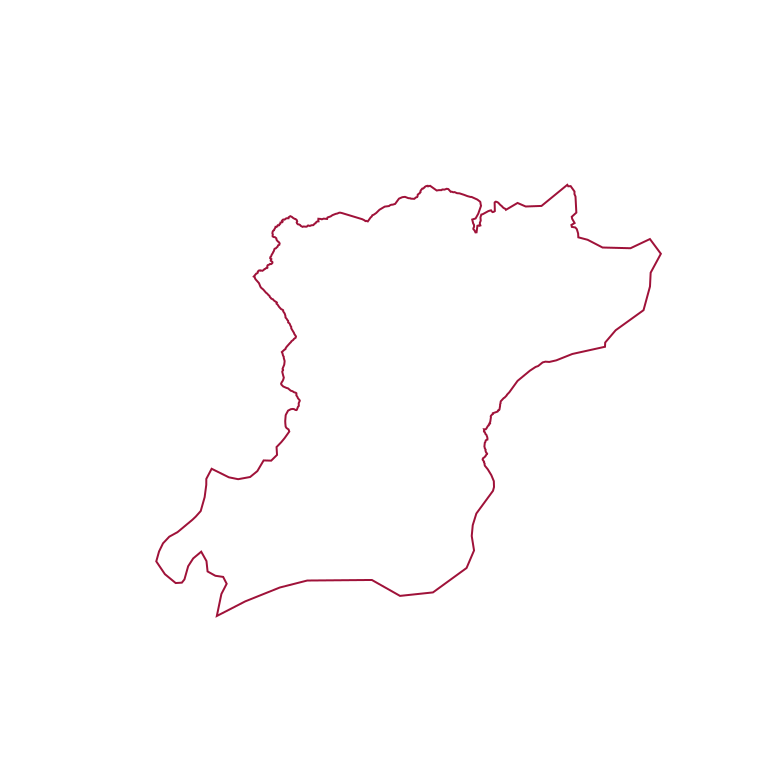 outline of Krachi Nchumuru, Volta, Ghana, rotated 314°
{"feature_id": "2480657B73751367479109", "entity_name": "Krachi Nchumuru", "entity_type": "district", "adm_level": 2, "iso_a3": "GHA", "parent_name": "Ghana", "parent_adm1": "Volta", "projection": "natural_earth1", "projection_center": [-0.055, 8.189], "detail": "fine", "context": "isolated", "style": "outline", "palette": "rose", "viewbox_px": 768, "rotation_deg": 314, "n_neighbors": 0, "source": "geoboundaries", "source_scale": "gbopen_adm2", "svg_char_len": 6163}
<svg xmlns="http://www.w3.org/2000/svg" viewBox="0 0 768 768"><g transform="rotate(314 384 384)"><path d="M654.6,377.5L621.5,373.6L610.1,362.6L607.0,354.3L594.0,350.7L594.3,349.7L593.8,348.1L593.6,346.5L593.8,345.9L593.6,342.9L593.8,340.3L593.3,338.5L592.6,337.6L591.5,337.5L591.2,337.7L585.4,343.6L584.0,343.3L583.1,342.7L583.0,341.5L583.3,340.4L582.5,339.8L580.7,338.9L574.6,337.0L573.5,336.3L570.9,337.6L568.7,340.1L566.5,341.0L565.7,341.9L565.0,343.2L563.9,342.6L563.7,341.8L562.7,341.3L557.4,345.2L556.6,344.5L557.4,342.3L557.5,340.7L558.1,340.1L559.4,339.7L560.1,339.2L561.1,338.0L561.4,336.7L563.6,333.2L566.7,334.9L572.0,333.5L579.6,330.0L580.4,328.7L581.8,326.9L581.9,326.3L581.5,323.0L579.4,317.1L578.6,316.2L577.1,313.5L575.7,310.2L573.6,305.9L572.0,304.0L571.1,301.5L570.0,300.6L569.4,299.1L568.6,298.5L568.9,294.9L568.0,293.5L565.9,292.5L564.4,290.8L563.4,290.7L561.7,288.9L559.8,287.5L558.6,279.5L556.8,278.4L557.0,277.8L556.8,277.6L555.5,276.8L554.0,276.4L553.5,276.6L551.6,276.3L551.5,276.0L551.2,275.8L548.7,276.0L548.2,276.2L547.4,277.0L546.7,276.8L546.0,277.2L545.6,277.0L543.7,276.7L542.4,277.7L541.5,278.0L540.2,277.3L538.3,277.2L536.0,274.6L535.9,274.0L534.6,272.4L533.2,269.1L531.1,267.4L527.7,266.0L521.3,266.9L519.1,265.7L518.0,264.7L516.5,264.1L515.5,264.0L512.1,261.3L506.2,259.7L501.6,259.6L498.6,259.0L497.3,258.4L496.0,258.8L494.4,258.7L489.7,259.4L489.0,257.9L488.3,257.5L488.1,255.9L487.4,253.8L477.7,234.9L476.7,233.3L475.9,232.7L474.2,232.0L472.9,231.1L469.6,229.6L467.5,229.2L464.8,227.8L464.4,227.7L463.2,228.4L461.0,225.7L459.3,224.9L458.9,224.0L457.3,222.0L456.2,222.9L455.5,223.9L454.3,223.0L453.5,222.8L452.0,223.1L451.3,222.7L449.2,222.8L447.6,221.4L446.8,221.2L446.0,220.6L445.5,219.5L444.9,219.1L444.2,219.3L443.1,218.8L441.4,216.7L440.5,216.3L439.9,214.2L440.1,213.4L439.9,212.4L439.1,211.2L439.1,209.9L439.6,208.9L440.6,208.7L441.3,207.4L441.2,205.7L440.8,205.2L440.3,203.3L440.2,201.6L439.6,200.0L437.7,199.6L436.9,200.2L435.3,198.6L433.2,198.3L432.8,197.7L431.9,197.1L430.6,197.2L430.5,198.2L430.1,198.4L429.6,198.4L429.2,197.9L428.4,197.7L428.2,197.4L427.1,198.1L426.5,197.8L425.4,198.3L424.4,197.3L423.3,197.8L422.8,197.4L422.3,197.5L421.7,196.8L420.8,197.3L418.6,197.8L418.2,198.1L417.3,197.8L416.0,198.2L414.8,199.1L414.4,200.1L413.2,200.9L412.8,201.4L413.1,202.6L413.5,203.0L413.9,203.7L414.0,205.3L413.1,206.5L412.8,208.5L413.0,209.9L412.7,211.2L411.4,212.0L410.2,211.5L408.6,212.1L407.7,211.9L406.6,212.0L405.9,211.6L405.1,211.4L402.6,212.6L402.0,212.6L400.4,213.2L399.3,213.3L397.2,214.2L396.3,214.1L395.4,214.8L395.6,216.2L394.4,216.5L394.0,216.9L394.3,218.7L394.1,219.2L393.3,219.7L392.2,219.6L391.7,219.4L391.2,218.6L390.4,218.6L388.7,217.8L387.7,218.1L387.0,219.1L386.6,219.4L386.1,219.3L385.8,218.8L385.1,218.6L384.3,218.6L383.7,218.2L382.3,218.2L381.0,217.9L379.8,216.1L379.5,216.2L379.0,215.4L378.5,215.1L377.1,215.2L376.4,215.9L375.1,215.7L374.6,215.4L370.8,215.7L371.1,216.8L370.5,217.6L370.1,218.9L369.7,224.0L368.1,227.6L367.9,228.9L368.1,231.5L367.7,235.8L367.9,237.1L367.7,239.2L367.9,240.2L367.3,241.5L367.3,242.9L367.1,243.3L367.4,244.5L367.8,245.2L367.6,246.6L367.8,248.2L368.2,249.8L368.2,250.3L367.6,250.4L367.1,250.9L367.2,252.3L366.6,254.9L366.4,257.9L367.0,259.8L367.0,260.2L366.2,261.1L365.7,263.6L364.5,265.8L363.4,267.0L363.3,268.6L362.9,269.9L362.9,271.0L362.6,271.5L361.7,272.3L361.9,273.7L361.8,274.4L360.9,276.3L360.7,277.5L359.7,278.5L359.4,279.3L358.2,283.8L357.7,284.7L357.1,287.6L355.9,288.3L353.8,287.9L352.6,288.1L350.4,287.7L349.3,288.0L348.4,287.9L343.1,288.1L341.5,288.4L340.5,288.9L339.9,288.6L336.0,288.3L335.8,288.7L335.7,289.4L334.3,291.6L334.0,292.9L333.1,293.8L331.6,296.4L331.1,296.9L328.6,298.8L324.6,300.4L324.3,300.6L324.2,301.4L323.7,301.9L322.6,302.0L322.1,302.3L320.1,305.5L319.0,307.5L317.1,308.5L315.3,309.1L314.2,309.2L312.7,309.8L312.3,310.6L312.2,313.2L313.4,316.5L314.2,318.0L314.4,321.5L315.3,323.3L315.5,324.8L316.4,326.6L316.5,327.3L315.9,328.1L315.1,328.6L314.9,329.0L314.6,330.6L314.0,331.9L313.7,334.7L313.4,335.1L310.9,336.0L309.1,337.9L307.7,338.0L305.0,339.2L304.4,339.1L303.8,338.3L303.5,336.9L302.8,335.8L301.2,334.5L298.2,333.5L293.9,334.7L293.2,335.0L288.7,338.7L287.1,340.4L285.0,342.9L284.6,344.5L285.0,346.9L284.0,348.9L276.0,350.1L270.8,350.5L264.0,350.5L258.7,356.3L250.5,356.1L245.4,350.5L233.4,353.4L224.1,352.3L214.2,345.2L209.1,337.2L203.3,318.9L192.3,322.1L188.0,326.2L178.0,333.6L165.3,340.4L157.8,340.7L153.3,340.5L134.1,338.4L125.0,335.6L115.9,335.7L107.3,338.5L98.2,343.4L95.0,358.5L96.1,372.4L100.7,376.6L104.8,376.2L116.9,369.7L126.0,367.9L136.4,369.0L133.3,379.3L126.6,387.3L128.9,395.9L133.5,402.3L131.0,409.6L120.0,412.9L101.0,424.9L131.3,435.2L165.2,450.4L189.3,465.3L234.6,511.4L242.7,542.7L268.1,564.0L309.0,571.2L326.8,564.4L335.6,552.7L344.1,545.9L355.0,540.4L382.9,536.6L386.3,534.7L390.4,530.5L393.0,524.5L394.7,518.0L395.3,513.3L395.9,512.3L396.7,511.6L397.0,510.4L397.6,510.0L398.1,507.5L398.6,507.1L399.0,507.1L399.6,506.8L401.3,507.2L402.1,507.0L402.8,507.1L404.7,506.6L405.1,506.8L405.5,506.6L405.8,504.7L406.6,503.2L407.3,502.8L407.8,501.1L408.3,500.5L408.7,499.7L411.8,497.3L412.4,497.3L414.1,496.4L415.3,496.6L415.8,497.0L416.4,496.6L417.5,495.2L418.6,492.8L418.5,491.8L419.4,490.0L419.2,489.1L419.5,488.6L420.7,487.9L420.9,487.4L422.0,488.6L423.1,488.6L425.8,487.9L427.1,488.1L427.6,487.5L428.2,487.4L429.1,487.8L429.4,487.7L429.7,486.9L430.6,486.7L434.5,483.9L434.9,483.2L435.6,483.0L437.5,483.0L438.0,483.2L438.6,482.6L442.7,484.7L443.4,484.9L444.0,484.4L444.9,484.5L445.2,484.9L445.8,484.8L448.9,482.7L450.1,481.6L451.2,481.2L451.8,480.5L452.8,480.0L457.0,479.9L457.9,480.2L461.1,480.2L461.6,479.9L465.1,479.9L479.0,477.9L494.9,479.7L501.6,481.2L504.0,482.4L509.7,483.1L512.2,484.6L514.7,487.6L520.7,491.5L536.4,498.6L564.3,517.1L567.5,514.3L583.6,513.3L617.4,519.4L638.9,507.6L649.3,498.5L670.0,492.7L673.0,474.6L652.9,467.0L634.0,446.4L629.2,430.3L624.5,421.9L627.1,419.1L629.3,415.2L629.5,412.9L627.5,410.0L628.6,408.3L632.2,409.3L633.5,404.7L634.7,402.9L640.9,403.3L651.9,391.5L652.9,389.1L654.8,387.3L656.0,380.8L654.2,379.2L654.6,377.5Z" fill="none" stroke="#9f1239" stroke-width="2"/></g></svg>